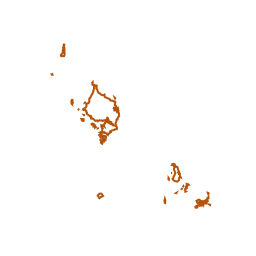 Natuna, Kepulauan Riau, Indonesia, rotated 340°
{"feature_id": "22746128B6637644559706", "entity_name": "Natuna", "entity_type": "district", "adm_level": 2, "iso_a3": "IDN", "parent_name": "Indonesia", "parent_adm1": "Kepulauan Riau", "projection": "natural_earth1", "projection_center": [108.338, 3.627], "detail": "fine", "context": "isolated", "style": "outline", "palette": "amber", "viewbox_px": 256, "rotation_deg": 340, "n_neighbors": 0, "source": "geoboundaries", "source_scale": "gbopen_adm2", "svg_char_len": 5915}
<svg xmlns="http://www.w3.org/2000/svg" viewBox="0 0 256 256"><g transform="rotate(340 128 128)"><path d="M111.4,76.3L110.4,76.7L109.5,79.5L108.0,81.3L108.0,81.9L106.1,83.6L105.9,84.2L105.1,84.4L102.8,86.8L101.7,87.1L100.6,90.2L99.8,90.6L99.4,91.2L97.5,91.1L96.8,91.7L96.7,92.8L96.2,93.7L94.5,94.5L93.2,94.8L92.3,95.8L92.7,96.2L93.8,96.1L94.2,97.3L94.7,97.5L94.3,99.0L94.6,99.4L94.2,99.9L94.3,100.9L96.2,103.6L97.2,103.9L97.4,105.1L96.8,105.2L96.9,105.4L96.5,105.8L96.5,106.4L98.5,107.6L99.8,110.2L101.5,110.3L102.0,111.4L103.8,110.9L104.9,111.7L106.0,111.9L106.6,112.8L107.6,112.5L108.6,112.9L109.2,112.7L109.4,113.1L110.5,113.0L111.6,114.1L112.0,113.7L112.2,112.2L111.3,110.7L112.4,111.6L112.5,113.9L111.7,114.6L114.0,116.5L113.7,116.8L114.1,117.8L114.8,118.6L115.6,120.8L114.7,120.2L114.4,119.1L113.7,119.0L110.3,115.0L109.1,114.6L108.8,115.1L108.1,115.3L107.9,115.9L106.2,116.5L106.2,118.3L105.6,117.3L105.1,117.4L105.1,117.8L104.5,117.5L103.9,117.9L103.7,118.4L104.1,119.7L103.5,119.8L102.8,122.0L102.0,122.4L101.8,123.3L102.0,123.7L102.6,123.6L104.5,124.8L103.9,123.8L104.1,123.7L104.5,123.9L104.9,125.0L105.6,125.1L105.8,124.8L105.7,125.2L106.1,125.5L106.1,126.6L106.7,127.7L107.3,126.9L109.0,126.6L109.2,125.9L110.1,125.2L110.6,125.6L110.7,125.1L111.1,125.3L111.8,124.8L114.5,125.1L115.5,124.7L117.0,125.3L117.7,124.2L117.7,120.2L118.1,119.1L119.5,117.6L120.1,116.1L120.6,115.9L121.2,116.2L122.2,114.6L123.8,113.7L124.5,110.8L124.4,109.1L125.5,108.1L124.9,108.3L124.7,107.9L125.3,106.6L125.3,105.7L124.6,106.1L123.1,108.5L123.0,107.8L123.5,107.1L123.1,107.0L123.2,106.4L122.3,105.2L121.9,105.2L121.7,105.6L122.0,106.1L122.0,106.9L121.2,106.8L121.6,105.4L121.4,104.7L122.0,104.6L122.0,104.2L124.0,104.9L124.3,103.1L123.4,101.9L124.2,100.7L124.5,99.8L124.9,99.6L125.0,99.0L123.6,98.1L123.0,97.1L120.8,96.1L120.7,94.6L116.8,91.0L117.3,88.6L116.2,88.9L114.8,88.1L113.9,87.1L113.4,85.9L112.4,85.0L112.1,83.7L112.2,81.3L111.7,80.2L112.1,78.8L112.4,78.9L113.1,77.5L112.7,77.1L111.9,77.4L111.4,76.3ZM160.8,181.3L159.1,180.7L157.5,181.6L157.0,183.0L157.1,186.0L156.9,186.6L155.2,188.6L154.0,189.5L153.4,190.7L152.5,191.0L152.6,192.2L153.5,193.5L155.8,195.2L157.9,194.6L159.2,192.2L160.3,192.0L160.6,192.1L160.6,192.4L160.7,192.5L160.7,192.0L160.1,191.4L160.9,189.2L160.4,189.3L160.1,188.8L160.8,187.1L160.0,186.8L160.8,186.2L161.1,181.8L160.8,181.3ZM169.8,219.5L167.4,219.9L167.5,221.9L167.7,222.8L169.2,222.4L169.6,221.9L170.0,222.1L169.8,222.7L170.1,222.2L170.8,222.7L170.7,223.2L171.7,223.3L171.0,223.8L170.7,223.6L169.7,224.7L169.9,225.0L169.7,225.5L170.4,226.2L172.0,225.9L172.9,225.1L172.9,225.5L173.2,225.0L173.0,224.4L173.9,224.9L174.7,224.8L175.3,225.6L176.2,224.6L176.4,224.8L175.8,225.5L176.6,224.6L178.0,223.9L178.0,221.9L177.7,222.3L176.0,222.3L175.0,222.9L173.8,222.6L171.2,221.4L170.7,220.0L169.8,219.5ZM95.7,29.5L94.5,30.0L94.4,31.2L93.4,32.3L92.7,34.3L92.0,35.3L89.8,36.5L89.8,37.6L92.5,38.6L93.4,37.6L95.7,30.8L95.7,29.5ZM79.3,180.0L77.4,180.4L76.4,181.2L76.8,181.6L76.8,183.6L77.1,184.2L79.1,183.5L81.3,183.4L80.6,180.7L79.3,180.0ZM102.8,127.1L102.0,127.5L101.7,129.2L101.0,129.0L100.7,129.4L100.0,131.2L100.3,131.8L100.9,131.8L101.2,130.7L101.6,130.5L102.8,131.5L103.0,131.0L102.8,130.2L104.1,129.7L104.4,128.3L102.8,127.1ZM99.2,124.4L98.4,124.8L99.1,126.5L98.9,127.7L99.1,127.8L99.2,127.0L101.2,127.4L101.5,126.4L100.7,124.8L99.2,124.4ZM95.3,111.6L94.5,112.3L95.4,112.0L95.3,112.5L96.3,112.8L96.1,113.4L96.4,114.2L96.0,114.9L96.9,115.3L97.3,114.9L97.7,115.3L97.3,116.3L98.1,116.0L97.9,114.6L97.6,114.7L97.3,114.1L97.3,113.7L97.7,113.6L97.4,113.6L97.2,112.5L96.4,111.8L95.3,111.6ZM157.4,177.1L157.4,177.8L157.0,178.0L157.6,178.3L158.3,179.8L158.1,180.5L157.6,180.7L159.1,180.6L159.6,179.9L159.1,178.8L159.5,178.1L158.9,177.6L158.7,177.8L158.2,177.2L157.4,177.1ZM89.3,104.5L87.3,103.5L87.3,105.2L88.0,105.9L88.7,106.1L89.1,105.5L89.3,104.5ZM84.8,82.4L84.3,83.0L84.2,83.9L83.7,84.1L83.5,85.2L83.7,85.5L83.3,86.0L83.5,86.4L83.6,85.9L84.2,86.1L84.9,85.2L84.8,84.2L85.4,82.6L84.8,82.4ZM163.5,201.7L163.1,202.6L162.3,203.1L161.9,204.0L160.9,204.7L160.8,205.2L161.2,205.2L162.2,204.5L162.7,204.6L163.0,203.5L164.0,202.7L163.7,202.1L164.0,201.8L163.5,201.7ZM137.2,211.2L138.3,208.9L138.4,207.2L137.3,208.8L137.0,211.0L137.2,211.2ZM98.7,131.3L98.3,130.9L98.2,131.7L97.5,132.5L98.3,134.0L98.7,133.6L98.6,132.4L98.8,131.7L98.7,131.3ZM165.6,224.6L164.7,225.0L165.2,225.7L165.1,226.1L164.7,226.2L164.9,226.4L165.9,226.3L166.2,224.8L165.6,224.6ZM148.7,190.6L149.2,189.6L149.0,188.8L148.4,190.2L148.7,190.6ZM109.9,74.8L110.5,72.9L109.8,73.3L109.9,74.1L108.9,75.8L109.9,74.8ZM96.7,27.9L96.4,27.6L95.9,27.9L95.7,29.0L95.9,29.1L96.7,27.9ZM168.2,224.1L168.3,225.5L168.8,225.5L169.1,225.2L168.7,225.0L168.7,224.6L168.4,224.7L168.2,224.1ZM181.4,216.7L180.8,216.2L180.8,217.5L181.3,217.3L181.4,216.7ZM101.8,122.5L100.5,122.6L100.9,122.9L100.8,123.3L101.4,123.2L101.3,122.8L101.8,122.5ZM101.6,131.8L101.2,131.8L101.1,132.5L101.7,132.3L102.2,132.6L101.6,131.8ZM75.3,51.4L74.6,51.4L74.7,51.9L75.2,52.1L75.3,51.4ZM180.0,220.6L179.4,221.1L179.3,221.6L179.8,221.4L180.0,220.6ZM160.1,207.5L160.7,207.4L160.2,206.9L160.1,207.5ZM103.8,116.3L103.6,117.2L104.4,117.0L104.5,116.8L103.8,116.3ZM159.2,202.4L160.1,201.8L160.1,201.7L159.2,202.4ZM178.9,228.1L178.3,227.8L178.7,228.4L178.9,228.1ZM156.7,204.1L158.8,203.1L157.0,203.9L156.7,204.1ZM98.2,130.3L98.2,129.8L98.4,129.1L97.9,129.8L98.2,130.3ZM164.9,201.2L165.2,201.9L165.6,202.0L165.4,201.5L164.9,201.2ZM92.0,101.3L91.0,100.7L91.1,101.0L92.0,101.3ZM123.5,105.9L123.0,105.8L123.3,106.4L123.5,105.9ZM97.1,89.1L96.4,89.3L96.2,89.5L96.6,89.5L97.1,89.1ZM126.2,95.4L125.9,94.9L125.9,95.7L126.2,95.4ZM87.9,93.5L87.4,92.8L87.8,93.6L87.9,93.5ZM99.7,117.9L99.8,117.2L99.4,117.9L99.7,117.9ZM92.0,95.0L91.5,95.0L92.0,95.2L92.0,95.0ZM151.5,205.5L150.9,205.6L151.2,205.8L151.5,205.5ZM153.8,185.6L153.5,185.2L153.1,185.1L153.8,185.6Z" fill="none" stroke="#b45309" stroke-width="2"/></g></svg>